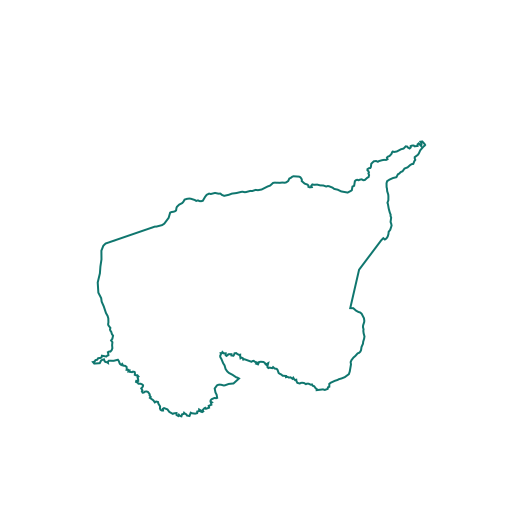 the district of Bom Jesus do Araguaia, Mato Grosso, Brazil, rotated 299°
{"feature_id": "56859067B58410572569646", "entity_name": "Bom Jesus do Araguaia", "entity_type": "district", "adm_level": 2, "iso_a3": "BRA", "parent_name": "Brazil", "parent_adm1": "Mato Grosso", "projection": "natural_earth1", "projection_center": [-51.737, -12.202], "detail": "fine", "context": "isolated", "style": "outline", "palette": "teal", "viewbox_px": 512, "rotation_deg": 299, "n_neighbors": 0, "source": "geoboundaries", "source_scale": "gbopen_adm2", "svg_char_len": 6051}
<svg xmlns="http://www.w3.org/2000/svg" viewBox="0 0 512 512"><g transform="rotate(299 256 256)"><path d="M94.1,169.6L92.6,170.0L91.6,169.6L90.1,167.5L88.3,167.4L87.1,166.1L85.4,166.0L84.2,164.8L83.5,166.7L86.5,171.3L89.5,171.2L90.8,172.0L91.9,173.2L90.8,174.3L90.3,175.6L90.8,177.0L90.7,178.4L91.7,177.7L93.1,178.1L95.3,182.3L98.3,185.5L97.7,186.8L95.7,189.2L95.4,191.0L96.7,191.3L95.7,192.9L96.5,194.9L96.3,196.5L94.8,197.6L93.7,198.0L94.5,199.4L93.2,200.3L94.5,201.0L93.5,201.8L94.3,203.9L95.2,204.4L95.7,206.0L94.9,206.9L93.3,207.6L93.5,209.0L94.2,210.0L93.6,211.6L92.6,211.1L91.0,212.7L89.7,213.5L88.8,211.8L87.7,212.1L87.8,213.9L87.3,215.1L88.3,216.9L88.5,218.6L88.2,219.9L87.1,220.3L85.8,220.2L84.6,219.8L83.4,221.8L82.3,221.8L81.5,223.1L82.1,224.0L83.5,224.6L84.5,226.0L84.7,227.5L83.5,230.1L82.5,230.5L81.7,232.2L80.5,232.0L80.0,236.2L78.9,238.5L80.3,239.2L80.8,241.1L79.6,242.1L78.0,245.0L76.1,245.9L75.2,247.1L75.2,248.6L75.8,249.6L77.2,248.6L78.4,249.3L78.9,252.9L77.6,255.8L77.6,259.8L78.5,260.4L80.1,262.6L78.4,263.6L78.4,265.6L79.8,265.5L79.3,267.1L79.6,268.5L81.7,268.1L82.8,269.3L84.0,269.1L83.7,270.3L83.7,271.8L83.0,273.0L83.8,275.4L87.3,274.9L87.4,276.2L88.6,279.2L90.0,280.7L91.5,280.0L92.7,281.4L94.2,280.7L94.1,282.4L93.2,283.3L93.4,284.6L94.5,285.2L95.1,284.0L97.6,284.6L98.6,285.2L98.1,286.3L100.6,288.5L102.0,287.3L104.3,289.1L105.6,287.9L106.6,288.4L106.6,286.8L107.7,286.3L109.2,286.6L111.7,288.5L112.3,290.1L113.1,290.8L115.6,288.8L117.0,286.7L120.1,284.1L123.9,284.6L125.0,285.4L125.9,286.6L126.5,288.0L127.1,290.5L127.7,291.4L130.9,294.2L133.6,298.1L140.6,300.5L140.6,298.7L140.3,297.6L140.7,293.1L140.6,289.0L141.1,286.8L142.4,284.2L145.1,281.5L146.2,279.4L149.2,275.6L150.2,273.9L151.2,273.1L153.1,272.9L153.9,272.2L154.5,273.3L155.7,273.2L155.2,275.0L156.2,276.7L154.6,277.4L154.3,278.6L155.4,279.2L156.7,279.5L158.2,282.1L157.1,282.7L157.8,284.6L159.2,284.7L160.5,284.4L161.5,285.8L161.2,287.0L161.3,289.2L162.0,290.0L160.5,290.8L159.1,292.0L160.1,292.5L160.2,294.1L159.2,295.1L160.1,295.9L161.3,303.3L162.4,303.9L163.2,304.8L162.9,306.0L163.3,308.4L161.9,308.3L162.2,310.3L164.8,310.1L165.9,311.6L166.9,313.9L166.8,315.4L166.0,316.8L166.7,317.7L168.2,318.6L166.7,319.0L165.7,318.4L165.4,319.5L164.4,319.9L164.0,321.2L165.0,322.1L165.8,324.6L167.1,324.8L166.6,326.8L167.3,328.8L166.8,330.1L164.6,332.6L164.5,334.0L164.6,335.7L164.2,337.3L165.6,340.4L164.6,341.0L165.6,342.1L165.6,343.7L166.6,345.0L166.3,347.5L167.6,347.6L166.8,349.0L166.4,350.3L167.3,351.2L166.1,352.1L165.1,353.7L165.7,356.1L166.9,356.9L167.7,358.2L168.2,359.7L168.1,361.8L169.1,362.5L169.8,363.9L170.0,366.4L170.8,367.2L170.0,368.5L170.3,370.0L169.2,372.4L169.1,373.6L168.1,374.1L171.8,379.2L172.2,381.1L174.5,383.1L176.0,382.6L177.2,383.5L179.7,382.1L181.4,382.8L185.1,385.5L187.1,387.4L188.4,388.2L190.4,390.2L193.1,392.4L197.7,394.5L200.4,394.0L207.3,391.6L209.1,390.2L211.3,390.0L214.5,390.5L216.6,391.3L220.1,392.1L221.3,393.1L222.9,393.6L224.6,393.5L227.6,392.4L231.1,392.1L233.0,391.3L235.9,390.7L238.2,389.9L240.6,387.6L242.5,386.2L244.0,385.6L245.7,384.0L247.3,383.3L250.8,382.6L251.9,382.1L253.9,380.6L256.7,376.4L257.1,374.5L256.7,372.7L256.7,370.0L257.5,366.4L256.1,363.7L294.0,352.8L330.4,357.9L333.3,358.7L332.9,360.7L334.2,361.4L335.7,361.7L337.1,361.7L339.4,361.2L341.5,360.3L343.9,360.7L346.6,360.2L348.4,359.8L349.8,358.6L351.0,357.2L355.1,355.6L356.3,354.2L357.3,353.8L359.0,351.8L361.8,349.1L365.5,346.1L366.2,345.2L369.0,344.7L372.3,342.9L373.8,341.9L376.3,339.3L378.4,337.9L379.6,336.8L382.9,334.9L385.0,334.4L387.5,335.7L390.6,338.0L393.0,340.6L396.3,340.5L397.6,341.4L398.7,341.6L399.9,342.1L401.1,343.1L404.5,343.5L407.0,345.6L410.4,346.8L411.9,347.7L412.8,348.9L415.7,348.5L417.3,348.7L418.3,347.5L419.4,346.9L422.9,348.5L424.6,348.7L428.1,348.4L432.9,349.4L434.0,349.9L435.1,350.1L435.7,349.1L436.8,345.9L435.7,344.5L435.0,345.8L433.9,346.6L432.3,347.0L433.4,343.7L432.0,343.2L430.6,344.0L428.8,341.5L429.1,340.4L428.2,338.9L427.1,338.0L425.9,338.7L424.5,338.2L424.5,336.3L425.0,335.2L424.5,333.8L421.5,333.0L419.7,331.1L415.7,328.5L413.9,326.3L413.7,325.0L412.6,324.7L411.3,325.0L410.1,324.8L408.2,324.3L406.7,323.1L405.5,322.8L404.4,324.1L403.1,323.2L402.2,321.4L400.8,319.7L398.6,317.5L397.5,316.9L397.3,315.0L395.9,313.1L392.6,312.1L389.6,313.3L388.4,313.3L387.5,312.2L386.0,311.4L385.0,311.9L384.6,313.4L383.7,314.3L382.7,314.3L381.6,315.7L379.6,316.2L378.4,315.4L375.2,314.3L374.3,313.1L374.3,311.3L373.3,310.0L372.0,309.0L371.7,307.5L370.7,306.6L369.4,306.2L365.0,307.8L363.5,306.7L360.0,307.9L359.1,307.5L355.9,305.4L353.8,299.2L353.6,295.3L352.6,291.9L352.9,289.8L352.4,286.0L352.0,284.9L350.8,283.7L350.3,280.7L348.9,277.9L348.1,274.9L346.4,272.2L345.9,270.6L344.2,270.3L343.3,271.4L342.1,269.7L341.9,268.3L343.0,267.7L343.4,266.5L342.9,263.4L343.7,259.7L344.8,259.2L345.6,258.3L346.4,256.6L346.3,255.2L343.9,250.1L342.8,249.2L341.1,248.5L339.9,247.6L337.2,247.8L335.0,246.7L334.0,245.6L333.0,243.4L331.6,241.4L329.1,236.6L328.2,235.5L324.4,234.2L322.5,232.5L316.9,228.7L314.5,225.8L313.6,223.6L311.0,221.2L310.1,219.4L306.9,216.1L306.3,215.1L305.7,213.1L305.0,212.1L301.6,208.4L298.9,204.7L296.3,202.5L293.2,199.0L292.9,196.6L293.3,194.6L292.3,192.9L291.3,189.6L288.3,186.4L287.8,184.7L285.6,183.2L283.1,182.8L278.5,182.7L277.3,181.4L276.6,179.9L276.5,178.3L275.2,177.0L275.3,175.3L274.5,171.3L273.9,169.8L272.5,167.9L270.7,166.2L268.3,166.2L266.5,165.8L263.7,163.9L260.7,163.0L259.6,163.1L257.1,164.0L256.1,163.6L255.0,162.7L253.4,160.7L252.3,159.9L247.0,161.1L239.8,160.1L237.5,158.9L233.4,154.6L232.7,153.3L194.0,118.4L191.0,117.5L185.7,118.2L178.1,122.5L171.4,125.0L165.1,127.9L156.1,130.4L147.5,135.9L144.1,141.0L141.2,143.2L138.1,147.3L133.4,152.4L131.6,155.3L129.8,157.1L126.4,159.1L124.7,159.7L123.8,160.5L122.5,163.5L121.0,163.9L120.1,164.8L119.6,166.0L117.8,167.9L117.0,169.6L113.9,170.5L111.9,170.2L111.0,172.2L108.2,173.4L105.7,175.1L103.6,175.4L101.8,175.0L101.3,173.9L100.0,173.1L98.9,174.2L97.6,175.0L96.7,174.2L95.5,173.8L94.1,169.6Z" fill="none" stroke="#0f766e" stroke-width="2"/></g></svg>